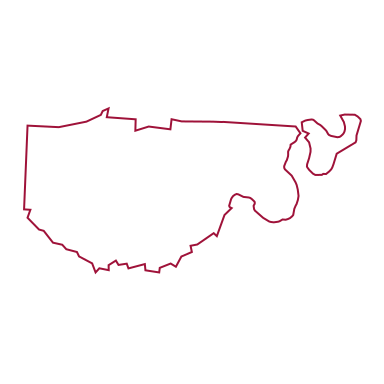 Tipton, Tennessee, United States of America, rotated 181°
{"feature_id": "52423323B95439935659374", "entity_name": "Tipton", "entity_type": "district", "adm_level": 2, "iso_a3": "USA", "parent_name": "United States of America", "parent_adm1": "Tennessee", "projection": "natural_earth1", "projection_center": [-89.94, 35.512], "detail": "fine", "context": "isolated", "style": "outline", "palette": "rose", "viewbox_px": 384, "rotation_deg": 181, "n_neighbors": 0, "source": "geoboundaries", "source_scale": "gbopen_adm2", "svg_char_len": 2061}
<svg xmlns="http://www.w3.org/2000/svg" viewBox="0 0 384 384"><g transform="rotate(181 192 192)"><path d="M357.6,255.5L359.6,171.7L353.3,171.4L356.0,163.4L344.3,151.8L339.6,150.6L330.1,138.9L320.8,137.0L316.7,132.6L306.0,130.0L303.8,125.6L290.6,118.9L287.0,109.9L283.3,114.1L273.9,112.4L274.1,117.4L266.9,122.1L264.2,117.8L256.0,119.2L254.2,114.5L237.9,119.1L237.2,112.9L223.4,111.0L222.9,115.6L212.1,120.1L206.8,117.0L201.5,127.3L191.1,132.0L192.5,138.2L185.8,139.6L169.6,151.2L166.4,148.3L159.1,169.6L152.1,176.6L153.8,177.4L154.3,178.0L154.6,178.9L152.8,185.5L152.1,186.9L150.8,188.7L149.1,190.0L147.3,190.8L145.5,190.4L140.5,188.0L135.1,187.5L133.7,187.1L132.2,186.1L129.8,183.9L129.1,183.0L129.1,181.3L130.1,179.5L130.1,178.7L129.6,175.9L128.8,174.5L120.4,167.4L114.2,163.8L112.5,163.4L109.7,163.1L105.3,163.8L103.9,164.3L101.0,166.1L97.9,165.9L95.7,166.6L93.6,167.6L91.4,169.5L90.4,170.8L89.4,177.0L88.0,180.4L87.3,181.6L86.0,185.9L85.4,189.9L86.3,196.3L87.5,200.9L88.6,203.4L92.6,210.1L99.5,216.3L100.2,217.7L100.3,219.4L98.7,223.8L97.7,225.6L96.6,229.4L96.5,231.1L96.6,233.9L96.2,235.2L95.3,236.7L94.4,238.9L94.2,241.1L90.0,243.9L89.0,244.9L88.3,246.1L87.8,248.3L87.1,249.7L84.6,252.6L89.5,259.3L161.5,262.6L164.0,262.5L172.7,262.7L203.5,262.4L213.7,264.4L214.7,254.3L236.4,256.7L249.7,252.3L249.6,263.7L278.5,265.3L276.9,274.1L282.7,271.4L284.5,267.5L298.8,260.5L326.3,254.5L357.6,255.5ZM82.4,255.1L76.4,252.5L79.9,248.4L75.8,243.7L74.2,237.5L74.2,234.2L75.5,227.9L77.4,221.7L77.5,219.4L77.1,218.6L75.1,216.0L71.3,212.4L69.0,211.2L62.5,211.4L61.1,212.4L58.3,212.3L55.1,215.0L53.2,217.1L52.2,218.9L51.0,222.3L48.0,232.8L42.9,236.0L29.3,244.5L28.6,246.6L28.5,251.4L24.4,266.0L24.9,267.8L27.7,270.4L30.6,272.1L40.7,272.1L45.1,271.0L41.4,264.6L40.2,260.2L40.1,257.6L40.6,255.1L41.4,253.4L42.2,252.3L44.0,250.6L45.3,249.7L47.5,249.3L53.9,250.5L56.0,251.4L56.9,252.3L58.7,255.4L59.6,256.4L63.5,260.1L64.9,261.2L67.7,262.7L71.4,265.9L72.3,266.4L73.7,266.6L77.6,266.0L80.0,265.4L83.5,263.6L82.4,255.1Z" fill="none" stroke="#9f1239" stroke-width="2"/></g></svg>